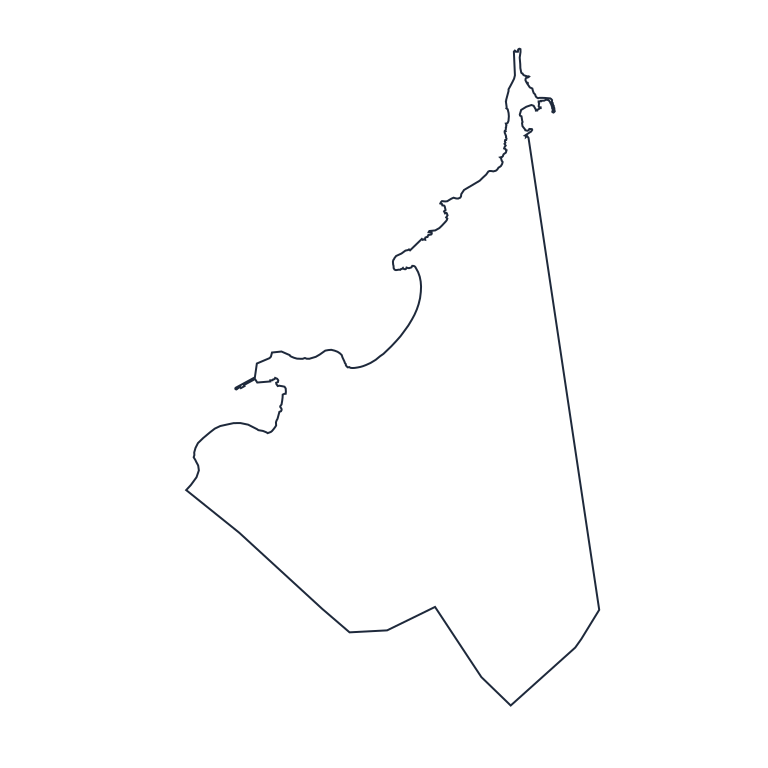 Municipality CH, Montevideo, Uruguay, rotated 177°
{"feature_id": "84410073B90107892201288", "entity_name": "Municipality CH", "entity_type": "district", "adm_level": 2, "iso_a3": "URY", "parent_name": "Uruguay", "parent_adm1": "Montevideo", "projection": "albers", "projection_center": [-56.149, -34.909], "detail": "fine", "context": "isolated", "style": "outline", "palette": "slate", "viewbox_px": 768, "rotation_deg": 177, "n_neighbors": 0, "source": "geoboundaries", "source_scale": "gbopen_adm2", "svg_char_len": 5347}
<svg xmlns="http://www.w3.org/2000/svg" viewBox="0 0 768 768"><g transform="rotate(177 384 384)"><path d="M274.3,56.3L206.8,110.8L200.3,119.0L180.9,147.2L203.9,385.6L226.8,622.2L228.1,624.1L229.3,623.2L229.2,623.8L229.5,624.2L229.7,624.5L230.2,624.7L224.7,628.0L224.0,628.3L223.3,629.2L222.7,630.0L223.0,630.8L225.5,631.1L226.3,629.8L227.6,629.4L229.6,630.0L229.8,630.8L232.2,634.2L232.5,637.3L231.9,638.4L232.2,639.5L232.7,644.1L234.1,644.9L234.3,646.0L232.7,650.5L227.4,653.4L222.2,654.9L220.0,654.0L218.0,650.0L218.0,649.1L216.8,649.1L216.8,649.9L215.9,650.0L214.8,650.6L214.5,651.3L213.1,651.3L213.1,652.1L214.4,652.2L215.0,653.2L214.7,654.8L214.4,656.2L214.8,656.8L214.8,658.1L212.5,658.1L212.5,658.6L209.1,658.6L207.9,659.2L207.3,659.4L206.0,659.2L205.2,658.9L204.5,658.5L203.3,656.7L203.0,655.6L202.4,654.5L202.0,653.0L201.6,651.8L201.7,650.8L201.1,649.4L201.3,648.0L201.7,647.0L201.2,646.5L200.5,646.2L199.8,646.7L199.2,647.4L199.5,648.8L199.5,650.7L200.0,651.8L199.9,652.8L200.5,653.8L200.6,654.5L200.9,654.9L200.8,655.8L201.4,656.6L201.5,657.3L201.3,658.7L202.1,659.8L203.0,660.5L208.8,661.3L212.0,661.5L214.1,661.6L215.2,661.3L216.8,662.4L217.6,663.8L217.9,665.2L219.3,666.8L220.0,669.2L220.4,671.3L222.9,672.6L225.2,676.4L224.6,676.9L224.7,677.3L225.3,677.5L225.9,677.7L226.8,679.8L226.7,681.1L226.4,681.8L225.8,682.4L224.6,682.5L223.9,682.8L223.0,683.4L223.4,683.7L224.5,683.5L225.2,683.9L225.6,683.4L226.6,684.4L227.8,684.8L228.7,685.5L229.4,686.8L230.3,687.2L230.7,688.1L231.3,692.3L231.2,696.3L231.4,702.9L230.3,708.4L230.2,711.2L231.0,711.7L231.7,711.6L232.5,711.0L232.9,708.8L234.9,708.9L235.2,709.6L235.9,710.1L236.9,709.1L237.0,698.1L237.1,685.4L238.1,682.1L240.0,678.7L242.5,674.5L244.2,671.8L244.3,670.0L247.1,661.4L247.2,660.3L247.5,660.0L247.0,653.7L247.4,652.9L246.1,651.9L245.4,648.1L245.3,644.8L245.9,640.3L246.8,638.4L247.7,637.8L248.7,637.7L248.2,636.0L248.6,635.2L248.5,634.5L248.6,634.0L249.0,633.5L248.9,632.5L249.3,631.1L249.8,630.7L249.4,630.0L250.3,629.8L250.3,628.5L249.8,627.2L249.1,625.0L249.3,624.0L248.8,622.7L249.2,621.3L250.2,621.3L250.6,619.9L250.1,618.6L251.1,617.5L250.0,615.7L251.2,614.3L251.7,612.9L250.4,612.3L250.0,611.2L249.4,611.0L250.2,608.7L252.5,607.2L253.0,606.3L253.3,605.4L254.1,604.6L256.1,604.2L255.3,603.4L254.8,600.9L253.9,599.5L254.5,597.6L255.8,595.6L257.1,594.7L258.3,594.1L259.7,592.2L261.2,591.1L263.8,590.6L265.3,591.0L267.4,591.2L268.7,590.7L271.0,587.8L274.4,585.0L277.8,582.0L293.9,573.6L296.9,569.6L297.3,567.3L298.1,566.1L300.3,565.3L302.2,565.5L304.8,566.4L307.1,565.5L309.7,564.1L311.3,563.2L313.4,563.1L316.5,563.6L317.7,562.5L318.3,561.3L316.7,560.7L316.4,559.3L314.8,559.1L314.1,558.3L313.4,554.5L315.0,553.3L314.1,551.2L313.0,551.7L312.4,551.3L311.7,549.1L313.2,547.1L312.1,545.9L312.6,544.6L313.4,543.5L317.7,539.3L319.3,537.9L320.6,536.8L324.8,534.7L328.6,534.5L330.7,534.4L331.4,533.4L328.5,532.7L328.4,532.1L328.5,531.5L328.9,530.9L329.4,530.8L330.6,530.6L331.8,530.7L332.0,529.9L332.6,529.4L332.9,528.5L333.8,528.5L335.0,528.1L335.4,527.1L335.3,525.9L335.9,526.1L336.7,526.4L337.7,525.9L338.6,526.9L351.0,516.1L352.0,517.1L353.0,516.5L355.6,516.1L359.7,513.4L365.2,511.2L367.0,509.1L367.5,508.1L368.2,507.3L368.7,505.6L368.6,502.7L368.3,501.5L368.3,499.2L367.5,497.7L366.6,497.2L365.8,497.1L363.2,497.4L361.7,497.2L361.2,497.8L359.9,498.1L359.0,498.9L358.6,498.1L357.5,497.6L356.5,497.5L355.8,498.1L355.4,499.1L353.8,498.5L352.8,498.4L351.0,498.9L350.5,499.0L349.6,500.5L348.5,500.4L347.4,500.0L346.6,499.2L344.1,494.0L342.7,489.3L342.0,484.4L341.9,479.4L342.4,474.1L343.5,467.8L345.3,461.8L347.3,456.8L349.9,451.6L352.7,447.0L356.6,441.2L360.3,436.6L364.9,431.0L369.3,426.5L374.8,421.2L383.0,414.1L386.4,412.0L391.0,408.6L396.4,405.7L401.0,403.9L404.1,402.9L406.7,402.3L409.4,401.9L412.4,401.6L414.4,401.6L416.2,401.8L417.5,402.4L417.8,402.7L419.3,402.5L420.4,403.6L421.1,404.7L421.1,405.8L422.0,407.1L422.3,408.4L424.1,412.8L424.7,415.1L426.5,417.0L428.7,418.6L431.6,419.9L434.9,420.9L437.8,420.8L440.9,420.4L446.6,416.8L450.7,414.7L457.3,413.1L459.9,413.3L461.6,414.1L464.0,413.4L466.6,413.6L469.6,413.9L472.5,414.9L475.0,416.1L476.1,416.8L476.7,417.8L484.7,421.8L490.3,421.5L494.2,421.3L494.5,420.3L495.5,417.2L497.0,415.8L509.9,411.1L512.6,397.4L532.1,388.1L532.5,387.8L532.7,387.4L532.5,386.6L531.7,386.3L531.1,386.6L530.4,387.2L527.7,388.6L527.1,387.4L523.4,389.2L523.9,390.3L514.2,394.9L512.6,395.8L510.5,392.1L497.4,392.5L497.4,393.6L495.1,393.6L494.6,394.3L493.1,394.6L492.4,395.8L490.4,394.8L489.4,393.2L489.8,391.5L491.6,390.9L491.5,389.6L490.2,387.5L488.8,387.8L485.3,387.0L483.5,386.5L482.4,384.7L482.4,381.2L482.7,379.4L484.0,379.4L485.7,378.7L486.0,375.7L486.6,372.4L487.4,368.9L488.8,367.2L488.8,366.5L487.8,364.9L487.6,364.3L487.6,363.5L488.3,362.2L489.9,361.7L492.2,354.7L493.1,353.4L493.9,351.4L493.9,348.2L495.1,346.5L496.7,344.6L498.3,342.9L499.6,342.0L502.8,341.0L503.5,341.6L504.0,341.9L506.3,343.0L507.5,343.5L511.9,344.5L513.1,345.5L521.8,350.5L529.4,352.5L536.2,352.8L543.1,351.7L549.7,350.6L555.3,348.3L560.2,344.9L567.4,339.5L572.9,334.7L575.6,330.0L577.1,325.6L577.1,322.9L577.9,320.8L576.3,317.8L575.6,316.1L574.0,312.7L573.8,312.1L573.4,307.4L576.1,300.7L582.1,293.3L587.1,288.4L536.4,243.1L457.3,162.5L431.4,137.8L393.8,137.8L344.7,158.7L314.0,106.4L302.1,86.2L274.3,56.3Z" fill="none" stroke="#1e293b" stroke-width="2"/></g></svg>